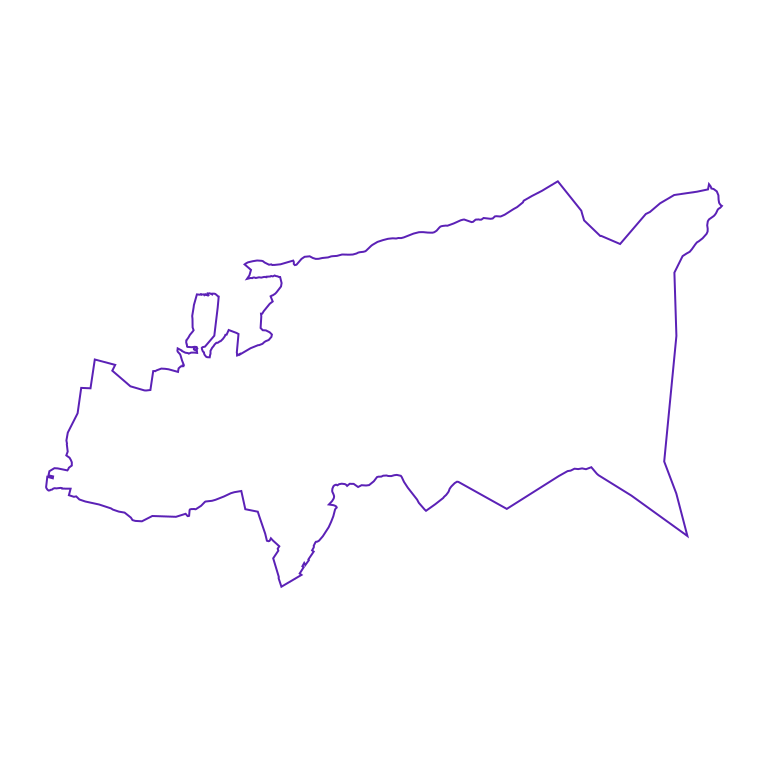 Tlalmanalco, México, Mexico
{"feature_id": "50627088B86677903952586", "entity_name": "Tlalmanalco", "entity_type": "district", "adm_level": 2, "iso_a3": "MEX", "parent_name": "Mexico", "parent_adm1": "México", "projection": "natural_earth1", "projection_center": [-98.767, 19.207], "detail": "fine", "context": "isolated", "style": "outline", "palette": "violet", "viewbox_px": 768, "rotation_deg": 0, "n_neighbors": 0, "source": "geoboundaries", "source_scale": "gbopen_adm2", "svg_char_len": 6082}
<svg xmlns="http://www.w3.org/2000/svg" viewBox="0 0 768 768"><path d="M687.4,536.0L676.3,493.5L664.2,461.5L676.4,335.9L674.4,272.6L682.6,256.1L686.6,253.5L689.7,251.8L691.9,249.2L695.2,244.5L696.9,242.4L698.9,241.2L702.6,238.3L706.6,233.8L707.6,231.5L707.7,228.7L707.2,225.3L707.8,221.3L709.0,219.4L713.8,216.0L715.0,214.7L716.1,213.1L717.6,209.9L718.4,208.9L720.3,207.7L721.9,205.9L720.8,205.2L719.5,203.5L719.1,202.7L718.6,199.8L718.4,195.3L716.8,191.4L713.6,189.0L711.4,188.5L710.7,186.5L709.0,184.2L708.0,189.4L697.0,191.7L674.2,195.0L660.1,203.3L649.9,212.0L645.8,214.0L620.1,244.0L601.2,235.9L600.3,236.0L584.1,220.4L582.2,214.0L581.3,210.7L557.8,181.3L542.0,190.8L531.7,196.1L523.7,200.7L522.9,202.4L517.1,207.1L513.5,209.1L504.7,214.7L501.1,216.3L500.3,216.5L496.5,216.2L494.9,216.4L492.7,218.5L490.5,218.8L483.6,218.0L481.4,219.6L479.8,219.7L478.3,219.4L477.0,219.6L476.1,219.5L475.4,219.8L473.1,221.8L471.6,222.1L464.1,219.5L462.9,219.7L460.7,220.3L453.6,223.5L447.5,225.7L445.7,225.6L443.1,225.9L441.5,226.2L440.4,226.6L439.3,227.6L436.6,230.7L434.3,232.2L432.5,232.7L428.0,232.6L422.9,232.1L419.0,232.2L413.5,233.6L403.8,237.4L401.1,238.1L398.4,238.0L396.2,238.5L392.6,238.3L388.0,238.8L383.0,240.1L377.5,241.9L372.4,244.9L371.2,245.8L366.0,250.8L365.2,251.3L363.4,251.8L359.9,252.2L358.2,252.6L356.5,253.5L352.9,254.5L349.2,254.7L342.1,254.5L336.9,255.9L332.5,256.2L331.1,256.4L328.1,257.4L322.3,258.0L318.7,258.8L315.8,258.9L312.9,258.0L309.7,256.3L304.6,256.8L301.5,258.9L296.5,264.7L294.8,265.1L293.8,264.0L293.8,261.9L293.2,260.6L280.5,264.3L274.7,264.9L272.2,265.0L271.4,264.4L269.0,264.7L264.6,262.5L262.8,261.1L261.6,260.8L257.1,260.5L252.8,261.2L248.1,262.3L246.3,263.2L244.6,264.4L251.0,269.9L249.4,275.4L247.0,278.9L250.6,278.0L252.4,278.1L253.2,277.5L254.4,277.5L255.8,278.0L259.0,277.3L261.3,277.6L264.2,276.9L266.4,277.2L266.5,276.7L270.3,276.5L271.1,276.0L272.8,276.4L274.7,275.5L275.7,276.0L277.8,276.4L278.6,276.9L280.1,277.0L281.6,283.1L281.0,286.5L276.6,292.2L275.2,293.7L272.6,295.4L271.8,295.6L270.6,296.3L272.7,301.5L269.8,303.7L263.7,311.2L262.2,313.7L261.0,313.7L261.3,316.4L260.6,328.0L262.7,330.2L265.9,330.4L269.7,332.3L271.9,334.5L271.4,336.9L268.7,340.0L265.7,341.2L264.3,342.1L262.5,343.8L259.2,345.1L258.0,345.2L250.6,348.2L239.7,354.6L239.7,354.0L237.1,355.5L237.0,355.1L237.1,353.7L236.8,352.6L238.5,334.0L236.4,332.9L228.7,330.0L226.6,334.7L225.4,334.8L224.8,336.3L223.0,338.8L220.6,341.2L219.9,341.3L217.7,342.8L216.4,342.8L214.6,344.5L213.5,346.2L212.2,347.7L210.5,350.8L210.5,353.9L210.2,354.5L209.7,357.3L207.2,357.2L206.1,356.7L204.6,354.8L204.1,353.6L204.0,352.4L202.9,351.5L202.0,349.3L201.8,347.9L202.5,347.2L205.0,346.6L214.3,335.7L217.7,307.5L218.7,296.6L218.3,296.5L218.3,296.4L217.7,296.0L215.4,294.0L214.3,293.7L212.2,293.7L212.1,294.4L209.7,293.3L208.3,293.5L207.7,293.4L207.6,294.7L208.4,295.3L208.2,295.5L207.6,295.4L207.3,294.8L206.8,294.6L206.5,295.0L206.3,295.0L206.3,294.4L205.5,294.2L204.5,294.5L204.5,294.9L204.3,295.1L203.8,294.4L201.9,294.5L201.5,294.7L201.1,294.1L200.7,294.1L200.0,294.7L196.9,294.4L193.9,305.1L193.6,307.5L192.2,316.0L192.5,318.9L192.6,327.4L193.6,330.2L192.9,331.3L189.9,334.9L188.4,337.6L186.8,339.8L186.5,340.6L186.3,340.6L186.3,340.8L186.2,342.3L186.6,344.1L186.8,344.2L187.1,346.6L187.6,346.9L191.6,347.2L194.8,346.8L196.6,347.0L197.0,347.9L193.9,347.5L193.9,349.4L195.3,350.3L196.5,349.5L196.9,349.4L196.8,350.1L197.1,352.9L194.4,352.6L191.1,352.6L188.8,353.6L188.0,353.1L185.3,352.7L181.8,350.9L181.7,350.5L177.7,348.4L177.4,350.8L177.8,351.8L180.0,354.2L180.5,355.3L182.0,360.4L183.8,365.0L182.7,365.4L183.1,366.2L180.8,366.4L178.6,368.4L178.0,371.9L168.6,369.3L165.0,368.8L161.3,368.6L156.5,370.4L155.2,371.2L154.8,371.0L153.2,371.1L150.4,390.0L146.1,390.5L144.4,390.4L130.4,386.3L112.3,370.7L115.2,364.9L94.8,359.5L90.5,388.3L81.2,387.9L77.6,413.3L67.8,432.6L66.4,440.5L67.0,443.6L66.8,444.2L67.7,451.6L66.3,455.4L69.6,457.8L70.9,460.1L71.8,462.3L71.8,465.5L68.9,467.7L68.3,469.1L67.4,470.4L57.7,468.4L54.4,468.2L49.4,471.2L48.5,475.3L53.1,476.4L52.8,478.3L47.3,476.8L46.1,487.1L46.4,488.1L47.4,489.6L48.5,490.5L49.8,490.4L50.4,489.9L52.0,489.6L53.3,488.6L54.7,488.2L56.3,488.4L60.5,487.9L62.0,488.1L62.3,488.3L62.3,488.6L70.6,488.7L68.9,495.2L73.9,496.8L76.2,496.4L79.4,499.5L85.3,501.5L99.1,504.5L111.0,508.4L112.9,509.6L118.8,511.6L124.6,512.6L130.9,517.6L132.5,520.1L135.3,520.9L141.9,521.3L152.3,516.0L176.0,516.8L185.6,513.8L187.6,516.1L188.8,516.0L189.1,515.8L189.6,510.1L189.9,509.5L191.1,509.1L194.4,509.0L195.2,509.3L196.0,509.1L201.1,505.8L205.0,501.8L205.7,501.5L212.0,500.8L215.5,499.8L223.9,496.5L230.9,493.2L234.3,492.2L241.3,491.0L245.3,509.2L257.8,511.7L259.3,516.4L265.2,533.7L266.9,540.7L268.4,541.2L269.3,541.0L269.8,540.5L270.9,538.3L272.9,540.5L279.3,546.3L277.7,548.7L278.3,550.7L273.2,558.3L278.7,576.6L278.8,577.2L278.6,577.9L278.7,578.5L281.4,586.7L301.5,574.9L299.7,573.5L303.7,567.2L302.4,566.3L304.2,563.0L305.3,565.1L308.9,560.1L308.4,559.5L308.6,559.1L313.7,551.6L312.1,550.4L313.7,547.5L313.9,546.7L313.7,545.8L315.3,542.6L315.9,541.8L317.4,541.6L319.0,540.7L322.8,536.3L328.7,527.2L331.1,521.9L333.3,516.3L335.0,509.7L335.6,508.6L336.7,507.6L336.4,506.7L335.7,506.1L334.9,505.7L333.6,505.2L328.9,504.5L332.1,501.1L333.4,499.0L333.9,497.9L334.1,496.2L333.5,494.3L332.3,491.7L332.2,490.7L332.4,488.7L333.4,486.3L334.2,485.5L335.1,485.0L336.1,484.7L337.4,485.3L339.1,484.2L341.7,483.7L344.9,484.1L346.3,484.9L347.1,485.9L349.7,483.8L353.7,483.9L358.1,487.0L361.6,485.2L366.1,485.5L369.1,485.1L373.8,481.3L377.0,477.1L378.3,476.7L381.3,476.6L383.2,475.7L386.6,475.5L388.2,476.0L391.2,476.1L394.3,475.2L396.8,474.9L400.8,475.8L401.7,477.0L404.0,481.9L407.8,487.7L417.1,499.6L418.8,502.8L424.6,509.5L426.0,510.8L435.3,504.2L443.2,498.0L444.1,496.8L446.2,494.9L448.1,492.4L448.7,491.4L449.7,488.7L451.3,486.5L454.7,483.1L457.0,481.7L458.4,481.9L506.8,508.9L558.7,476.1L567.6,471.1L570.7,470.6L574.5,468.7L578.2,469.1L582.1,468.4L586.0,469.2L591.3,467.2L596.8,473.7L598.5,475.2L631.4,495.6L687.4,536.0Z" fill="none" stroke="#5b21b6" stroke-width="2"/></svg>